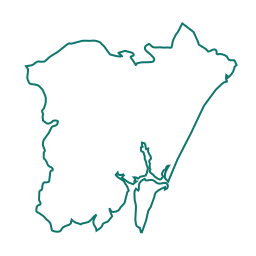 Southern, Robinson projection, rotated 273°
{"feature_id": "SLE-760", "entity_name": "Southern", "entity_type": "Province", "adm_level": 1, "iso_a3": "SLE", "parent_name": "Sierra Leone", "parent_adm1": "", "projection": "robinson", "projection_center": [-12.13, 7.714], "detail": "fine", "context": "isolated", "style": "outline", "palette": "teal", "viewbox_px": 256, "rotation_deg": 273, "n_neighbors": 0, "source": "natural_earth", "source_scale": "10m", "svg_char_len": 5662}
<svg xmlns="http://www.w3.org/2000/svg" viewBox="0 0 256 256"><g transform="rotate(273 128 128)"><path d="M235.3,176.8L227.7,187.8L226.7,188.8L217.1,193.7L215.1,194.2L211.1,201.4L209.0,203.6L208.6,204.1L208.9,205.5L210.6,208.5L211.0,210.2L210.7,211.3L210.1,212.0L209.2,212.4L206.7,212.7L206.3,213.6L206.7,216.3L206.5,218.2L205.8,220.8L204.6,222.9L201.5,225.0L201.0,227.2L201.2,230.6L200.3,231.2L196.6,233.1L194.7,231.3L189.9,230.1L187.5,228.7L185.3,227.0L183.6,225.2L184.6,225.0L185.2,224.7L185.5,224.3L186.0,223.4L182.7,223.3L181.3,223.6L180.3,224.3L179.6,224.3L178.5,221.4L176.9,219.4L170.7,213.6L154.2,202.7L127.0,191.5L98.8,178.9L76.5,170.9L80.0,167.5L84.3,167.3L88.7,168.9L92.5,170.9L92.3,169.7L91.7,168.9L90.9,168.3L89.7,168.1L88.8,167.9L87.9,166.2L86.9,165.4L84.7,164.5L83.5,164.3L81.4,165.6L80.4,165.0L79.5,164.1L78.5,163.6L78.2,162.4L79.2,159.9L80.7,157.5L82.9,155.3L84.1,153.3L85.6,151.8L87.7,152.6L89.0,151.9L90.3,151.7L93.3,151.7L93.9,151.6L95.3,151.0L96.1,150.9L96.9,151.2L98.3,152.4L98.9,152.6L101.2,151.9L103.1,150.5L105.4,149.3L108.5,149.2L108.2,148.7L108.0,147.7L107.8,147.3L109.9,146.6L112.0,146.2L113.6,145.3L114.1,142.7L113.3,142.7L112.5,142.9L111.7,142.9L110.9,143.1L110.1,143.6L109.5,142.4L109.3,141.9L108.1,142.1L106.8,142.2L105.7,142.4L105.2,143.1L104.9,144.3L104.2,144.9L102.1,145.5L100.7,146.2L98.5,146.3L97.4,146.6L95.0,147.9L92.4,148.4L89.9,149.6L88.5,150.0L87.8,149.9L85.4,149.3L84.1,149.2L81.5,148.1L80.6,145.5L80.0,142.8L78.1,140.9L78.1,140.1L78.7,139.5L79.0,138.7L79.1,137.7L79.0,136.4L78.1,137.3L77.2,137.9L76.5,137.9L75.8,137.2L75.0,137.2L75.0,139.1L72.2,136.0L73.6,131.5L78.1,124.5L80.0,125.7L80.6,126.3L81.4,125.4L80.7,123.7L80.6,121.9L81.2,120.5L82.9,120.0L80.5,118.2L78.4,120.3L75.0,126.3L69.2,130.4L65.4,132.0L63.7,130.5L62.8,130.5L55.3,128.9L54.6,128.9L53.8,128.7L52.6,128.2L48.0,124.5L46.3,123.7L44.9,122.4L43.8,120.0L43.4,117.6L43.8,116.0L45.0,114.8L47.0,113.7L44.9,114.1L39.0,116.8L33.5,112.8L31.9,109.3L30.8,107.9L29.1,107.3L27.8,106.7L26.3,105.2L23.8,101.9L26.1,101.4L30.0,98.8L32.2,98.3L34.1,98.5L36.0,99.2L39.9,101.0L37.5,98.3L34.5,96.0L32.0,93.4L30.1,86.9L29.8,86.5L29.3,86.1L29.5,85.1L30.2,83.3L30.5,81.4L31.3,79.6L32.3,77.9L33.5,76.5L29.8,75.9L28.2,74.2L27.3,71.7L25.5,68.4L24.1,67.3L22.6,66.6L21.3,65.5L20.7,63.3L20.8,61.4L21.0,59.7L21.5,58.1L21.8,57.5L22.0,57.3L27.7,55.8L29.1,55.2L30.6,53.8L32.6,51.2L33.9,50.0L35.9,47.7L37.2,45.5L37.9,44.5L38.5,43.4L39.0,42.2L39.3,41.6L39.7,41.1L40.5,40.8L41.6,40.7L43.7,40.9L44.8,41.3L45.6,41.7L46.0,42.2L46.3,42.8L46.6,43.4L46.8,44.0L47.2,44.4L47.9,44.6L48.7,44.5L51.1,43.1L52.2,42.9L59.1,42.8L59.8,42.9L60.4,43.2L60.9,43.5L61.2,44.1L61.5,44.7L62.1,45.2L63.1,45.5L65.2,45.5L67.3,45.8L68.4,46.3L68.9,46.7L69.3,47.1L69.4,47.9L69.4,49.5L69.6,50.2L69.8,50.9L70.1,51.4L70.5,51.9L71.3,52.1L80.2,52.7L80.7,53.0L81.1,53.4L81.5,53.9L81.7,54.6L82.1,55.0L82.8,55.1L83.9,54.4L84.5,53.8L84.9,53.1L85.6,51.2L86.0,50.7L86.4,50.3L86.9,49.9L90.4,48.2L91.5,47.4L92.2,46.8L93.0,45.8L93.8,45.5L95.0,45.3L98.3,45.2L99.2,45.3L99.7,45.6L100.2,46.0L101.0,46.1L101.9,45.9L105.3,44.3L106.1,44.0L107.1,43.9L108.8,43.9L111.1,44.3L111.9,44.6L119.0,49.2L124.8,51.7L125.2,52.1L125.6,52.6L126.3,54.6L126.5,55.2L127.2,56.3L127.7,56.7L128.1,57.1L128.7,57.3L129.4,57.4L130.6,57.7L131.0,57.6L131.5,56.9L131.7,55.5L131.7,54.8L131.6,54.1L131.2,52.8L130.9,52.3L130.4,52.0L129.9,51.7L129.6,51.2L128.4,48.8L128.2,48.1L128.2,47.4L128.4,46.8L128.6,46.2L130.7,43.1L131.0,42.7L131.6,42.7L132.4,42.7L133.5,42.2L135.3,42.1L136.8,42.5L137.5,42.5L138.3,42.2L139.5,41.5L140.4,41.3L141.2,41.5L143.2,43.0L147.7,44.3L150.6,44.5L153.7,44.3L155.8,43.6L161.3,41.0L162.0,40.4L164.8,37.5L165.6,36.4L166.1,35.3L166.6,32.4L166.8,29.1L167.0,28.3L167.2,27.7L167.6,27.2L168.3,26.7L170.8,25.4L172.1,25.0L173.5,24.8L180.1,25.2L181.8,24.9L184.4,22.9L185.6,28.5L186.5,30.3L187.6,31.3L189.2,33.5L189.6,34.5L189.8,35.4L189.6,37.6L189.7,39.7L190.0,40.8L190.4,41.6L192.9,44.2L193.4,44.5L195.4,46.7L200.4,54.0L208.3,62.9L209.1,64.2L209.4,65.1L209.4,65.7L209.3,66.2L209.3,66.8L209.4,67.5L209.6,68.2L212.5,77.2L212.9,79.8L213.0,84.9L213.4,88.4L213.5,89.9L213.3,91.3L212.7,94.1L212.2,95.4L211.9,95.9L211.5,96.4L211.1,96.9L210.2,97.5L208.8,99.3L208.4,99.8L200.8,105.9L200.5,106.4L200.3,107.1L199.1,113.2L199.0,116.4L199.2,117.5L199.4,118.2L199.7,118.1L200.0,117.7L201.8,115.2L202.1,114.8L202.5,114.6L202.7,114.9L204.7,120.5L204.8,121.5L204.7,122.3L204.5,122.8L204.3,123.5L203.8,126.6L203.4,127.9L202.8,129.0L202.3,129.4L201.8,129.8L201.3,129.9L200.7,129.7L200.4,129.3L199.9,128.0L199.6,127.4L199.3,127.0L198.9,127.0L198.4,127.2L194.7,130.2L191.4,132.4L191.5,132.7L191.8,133.0L193.0,133.5L193.6,135.2L194.3,138.3L194.8,145.4L195.2,148.3L195.8,149.9L196.4,150.1L196.9,150.4L197.5,150.6L198.1,150.6L198.7,150.4L199.2,150.1L199.7,149.7L202.3,147.0L206.0,142.1L206.9,141.4L208.0,140.8L208.6,140.7L209.3,140.7L209.9,140.9L210.5,141.2L210.9,141.5L211.4,142.0L213.1,144.6L212.9,145.1L210.2,148.3L210.0,149.3L209.8,150.7L210.3,156.6L210.2,157.4L210.2,160.2L210.5,163.3L210.4,166.3L210.6,166.9L211.1,167.3L212.3,167.6L213.7,167.8L215.3,167.9L216.7,168.1L219.7,169.1L223.7,170.9L226.7,172.9L235.2,176.7L235.3,176.8ZM78.1,147.3L76.8,148.2L76.6,149.7L77.4,153.6L77.1,156.0L76.3,157.4L75.2,158.7L74.2,160.8L74.1,162.9L75.1,167.3L75.0,169.0L73.5,170.5L71.5,170.9L69.6,170.1L68.5,168.1L70.9,168.1L69.3,164.8L67.3,161.6L65.0,159.1L62.6,158.1L60.9,158.0L50.3,154.8L46.5,152.6L36.6,150.9L24.6,147.3L24.6,146.3L29.0,145.1L29.5,143.3L30.9,141.6L32.6,140.9L37.1,140.1L49.8,140.1L51.8,139.8L56.2,138.5L63.1,137.8L65.5,138.0L67.8,139.1L66.1,141.4L67.2,142.0L71.7,141.9L73.8,142.5L75.5,143.7L76.9,145.4L78.1,147.3Z" fill="none" stroke="#0f766e" stroke-width="2"/></g></svg>